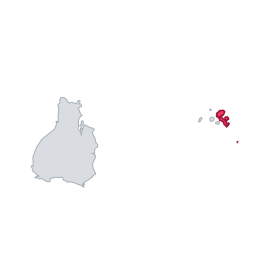 Isabela, Galápagos, Ecuador shown in context, rotated 164°
{"feature_id": "8360857B49822942031092", "entity_name": "Isabela", "entity_type": "district", "adm_level": 2, "iso_a3": "ECU", "parent_name": "Ecuador", "parent_adm1": "Galápagos", "projection": "natural_earth1", "projection_center": [-91.231, 0.314], "detail": "fine", "context": "in_parent", "style": "filled", "palette": "rose", "viewbox_px": 256, "rotation_deg": 164, "n_neighbors": 0, "source": "geoboundaries", "source_scale": "gbopen_adm2", "svg_char_len": 6705}
<svg xmlns="http://www.w3.org/2000/svg" viewBox="0 0 256 256"><g transform="rotate(164 128 128)"><path d="M231.1,105.9L230.4,106.4L228.7,106.6L227.4,106.1L226.9,106.1L226.8,106.6L228.5,107.9L229.4,110.2L230.6,111.6L231.3,112.3L231.4,112.8L231.2,113.7L231.1,114.5L231.5,118.0L231.2,118.2L230.3,118.2L229.6,117.6L227.5,126.2L221.1,134.8L213.8,141.0L205.4,144.5L199.2,147.0L198.2,147.9L195.2,152.2L195.0,152.7L195.5,153.4L195.5,153.9L195.0,154.2L194.7,154.2L194.4,153.5L193.9,152.9L193.5,152.8L193.2,152.9L193.2,153.4L192.5,155.7L192.5,156.9L192.2,157.3L192.2,158.3L191.6,159.3L191.1,160.8L190.6,161.3L190.0,163.8L189.0,166.2L188.9,167.0L189.2,167.6L189.3,168.1L188.9,169.6L186.7,171.0L186.2,171.7L185.9,172.5L186.1,173.2L186.0,173.8L185.3,174.0L184.6,175.4L184.1,175.7L182.7,175.2L181.7,175.2L180.9,174.8L179.4,172.5L178.8,171.1L178.7,169.2L177.2,168.0L175.2,168.3L174.6,167.9L173.2,167.1L171.9,166.2L171.0,165.7L170.3,166.0L169.1,167.5L168.0,168.1L167.5,168.1L166.8,167.7L166.7,167.1L168.4,164.5L167.1,164.4L166.7,163.9L166.6,163.2L166.4,162.5L166.7,161.7L167.3,161.2L168.3,161.6L169.0,161.6L169.4,160.8L170.3,160.2L170.5,159.8L170.1,158.5L169.9,157.8L170.1,157.4L170.0,156.0L169.7,155.5L169.7,154.7L169.5,154.3L169.4,153.3L168.7,152.8L170.8,151.9L171.5,151.1L172.4,150.5L173.2,149.5L173.7,148.5L175.0,144.0L176.1,141.2L175.9,139.9L175.0,138.0L174.8,135.3L174.9,134.5L174.8,133.9L174.1,135.0L174.3,139.0L173.7,140.8L172.9,141.2L172.4,140.9L172.7,138.0L172.1,138.5L171.2,140.5L169.7,141.9L169.6,142.4L169.3,143.0L168.1,142.5L167.2,141.9L164.3,138.6L162.4,137.9L161.3,136.8L161.0,136.3L160.9,135.6L162.1,134.9L163.3,134.0L163.4,132.0L163.4,130.4L162.5,127.7L162.9,124.1L162.7,122.7L161.7,119.8L162.4,118.3L165.1,117.2L166.0,116.5L166.6,114.1L167.2,112.7L168.4,113.3L169.3,113.2L168.1,112.7L167.0,110.6L166.9,109.6L168.9,106.7L169.9,106.0L171.2,104.4L172.3,102.1L172.5,98.5L172.1,95.9L171.7,93.1L172.4,92.4L174.0,92.1L175.3,91.2L176.0,90.3L177.6,90.5L179.4,89.2L182.3,88.6L186.4,87.1L187.3,85.8L186.9,83.5L188.4,84.9L189.1,86.0L191.2,87.2L193.7,89.4L195.3,90.5L197.1,91.5L199.6,92.6L201.2,92.4L201.9,94.0L202.5,94.5L203.9,95.0L204.1,95.3L204.7,98.3L205.0,98.7L206.3,99.2L207.8,99.4L208.5,99.3L209.9,100.1L212.0,100.8L212.8,100.9L213.1,100.8L213.2,100.5L213.9,100.5L214.8,100.9L216.1,101.0L217.0,100.6L217.1,98.9L217.4,98.6L218.4,97.9L218.9,98.1L221.4,99.4L221.9,99.9L222.6,100.8L223.7,102.2L225.0,103.1L227.0,103.4L228.9,104.9L231.1,105.9ZM33.6,104.0L34.3,104.9L34.8,107.5L37.2,110.3L37.6,111.9L37.3,112.6L37.4,112.9L38.6,113.9L39.4,115.1L38.1,117.8L35.3,118.9L32.4,118.9L31.8,118.6L31.0,117.6L30.8,116.7L31.3,115.8L32.8,114.4L35.2,113.2L35.4,112.3L34.5,111.5L33.9,109.7L32.4,108.5L31.6,104.7L31.2,104.5L30.1,105.0L29.7,104.6L29.6,104.3L30.7,103.5L30.9,102.8L32.5,102.6L33.2,103.0L33.6,104.0ZM45.2,115.4L44.5,115.4L42.6,114.0L42.7,112.7L43.5,111.7L46.0,111.3L47.0,112.1L46.9,113.8L46.1,115.0L45.4,115.2L45.2,115.4ZM171.1,146.8L170.9,147.4L169.7,147.3L169.4,147.2L169.7,144.5L170.0,143.7L171.0,142.9L171.8,142.5L172.8,142.6L173.9,143.3L172.6,144.6L171.6,145.0L171.1,146.8ZM31.7,110.9L30.4,111.2L29.4,110.7L29.0,109.9L28.9,108.8L29.0,108.4L31.3,108.0L32.0,109.0L32.0,110.4L31.7,110.9ZM56.5,117.4L55.0,118.0L54.2,117.4L54.1,117.0L54.9,116.2L55.7,115.7L56.4,114.7L57.7,114.1L58.1,114.2L58.3,114.4L58.4,114.8L58.0,115.6L57.2,116.2L56.5,117.4ZM42.2,109.1L41.6,109.6L39.3,109.1L38.6,108.2L39.2,107.1L39.7,106.6L41.0,107.1L42.5,108.3L42.2,109.1ZM44.1,123.5L43.6,123.5L42.9,122.9L43.4,121.8L44.4,122.4L44.6,122.8L44.1,123.5ZM186.3,86.4L185.6,86.6L185.3,85.9L186.1,85.1L186.4,84.9L186.3,86.4Z" fill="#d9dde1" stroke="#a8b0b8" stroke-width="1"/><path d="M32.7,102.0L32.4,102.2L32.3,102.3L32.2,102.4L32.2,102.5L31.8,102.7L31.5,102.8L31.3,102.8L31.1,102.8L30.9,102.9L30.9,103.1L30.8,103.3L30.6,103.5L30.5,103.8L30.1,104.1L29.9,104.1L29.7,104.2L29.6,104.5L29.8,104.7L29.9,105.0L30.0,105.1L30.3,104.9L30.6,104.9L31.1,104.6L31.5,104.6L31.8,104.8L31.9,105.0L31.9,105.3L31.9,105.7L31.9,105.9L32.0,106.0L31.9,106.3L31.9,106.7L32.2,107.2L32.2,107.3L32.1,107.5L32.2,107.8L32.1,108.1L32.4,108.1L32.4,108.3L32.4,108.5L32.5,108.5L32.7,108.9L32.8,109.0L33.0,109.2L33.3,109.3L33.5,109.4L33.5,109.5L33.4,109.5L33.5,109.5L33.7,109.8L33.8,109.8L34.0,109.9L34.0,110.0L34.1,110.3L34.1,110.8L34.2,111.2L34.5,111.5L34.8,111.7L35.3,112.3L35.7,112.5L35.8,112.8L35.8,112.7L35.9,112.8L36.1,112.9L35.9,113.0L36.0,113.1L35.8,113.3L35.9,113.5L35.6,113.5L35.6,113.4L35.5,113.5L35.4,113.7L35.2,113.7L35.1,113.8L35.1,114.0L34.9,114.0L34.7,114.2L34.4,114.0L34.4,113.9L34.4,114.0L34.3,113.9L34.2,114.0L34.1,113.9L33.9,114.0L33.7,114.2L33.4,114.2L33.2,114.3L33.0,114.2L32.9,114.4L32.9,114.5L32.7,114.7L32.5,114.9L32.4,114.9L32.4,115.1L32.2,115.2L32.0,115.3L31.9,115.4L31.8,115.5L31.6,115.6L31.3,116.1L30.9,116.5L30.6,116.9L30.6,117.3L30.7,117.5L30.9,117.8L31.1,117.9L31.3,117.9L31.4,118.0L31.5,118.3L31.4,118.4L31.4,118.5L31.5,118.6L31.8,118.8L32.0,118.9L32.2,119.0L32.6,118.8L32.8,118.9L33.0,118.9L33.6,119.0L33.8,119.0L34.0,119.1L34.3,119.3L34.5,119.3L34.8,119.4L35.0,119.2L34.9,119.1L35.0,119.2L35.2,118.9L35.3,119.0L35.4,118.9L35.5,118.9L35.8,118.8L36.0,118.7L36.2,118.8L36.2,118.6L36.3,118.6L36.5,118.5L36.8,118.4L37.0,118.2L37.3,118.0L37.5,118.1L37.8,118.1L38.1,118.0L38.2,117.8L38.3,117.6L38.4,117.4L38.7,117.5L38.8,117.4L38.8,117.0L38.9,116.9L38.8,116.7L38.9,116.3L39.0,116.2L39.1,115.9L39.1,115.7L39.4,115.6L39.5,115.4L39.7,115.2L39.6,114.9L39.4,115.0L39.2,114.9L39.4,114.8L39.4,114.7L39.2,114.7L39.1,114.4L38.8,114.5L38.8,114.4L38.7,114.4L38.9,114.1L38.7,114.0L38.7,113.9L38.6,113.7L38.4,113.5L38.4,113.3L38.3,113.0L38.2,113.0L37.9,113.3L37.7,113.3L37.7,113.2L37.4,113.0L37.5,112.6L37.4,112.5L37.2,112.6L37.3,112.5L37.3,112.4L37.5,112.4L37.5,112.2L37.5,111.9L37.6,111.7L37.6,111.4L37.7,111.1L37.6,110.9L37.5,110.7L37.6,110.4L37.4,110.5L37.3,110.4L37.1,110.1L37.0,109.9L36.7,109.6L36.4,109.3L36.2,109.2L35.9,108.9L35.6,108.7L35.6,108.4L35.1,107.9L35.0,107.7L34.8,107.5L34.7,107.2L34.6,106.6L34.6,106.3L34.6,106.2L34.7,105.7L34.5,104.7L34.4,104.6L34.2,104.4L33.9,104.0L33.7,103.8L33.6,103.7L33.4,103.5L33.4,103.4L33.3,103.1L33.2,102.9L33.2,102.7L33.1,102.4L32.9,102.4L32.9,102.2L32.7,102.1L32.7,102.0ZM31.3,108.1L30.9,108.1L30.7,108.4L30.4,108.4L30.0,108.6L29.4,108.6L28.9,108.7L28.8,109.0L28.9,109.9L28.9,110.2L29.1,110.5L29.2,110.8L29.4,111.0L29.5,111.3L30.1,111.3L30.3,111.4L30.4,111.5L30.5,111.5L30.8,111.6L31.7,111.4L31.8,111.2L32.0,111.1L32.1,110.8L32.1,110.6L32.1,110.4L32.2,110.2L32.3,110.0L32.2,109.8L32.2,109.3L32.2,109.2L32.1,108.9L31.9,108.7L31.8,108.4L31.6,108.3L31.5,108.2L31.5,108.3L31.4,108.2L31.5,108.1L31.4,108.1L31.3,108.1ZM26.8,84.4L26.7,84.5L26.8,84.5L26.8,84.4Z" fill="#f43f5e" stroke="#9f1239" stroke-width="1.5"/></g></svg>